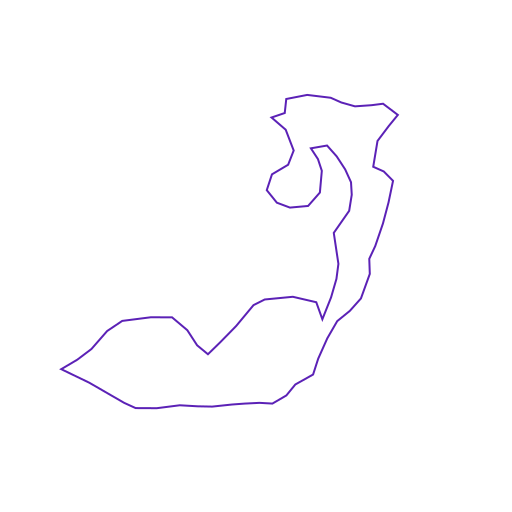 Santalaris, Cyprus, rotated 210°
{"feature_id": "46923920B66935539070734", "entity_name": "Santalaris", "entity_type": "district", "adm_level": 2, "iso_a3": "CYP", "parent_name": "Cyprus", "parent_adm1": "", "projection": "natural_earth1", "projection_center": [33.807, 35.206], "detail": "fine", "context": "isolated", "style": "outline", "palette": "violet", "viewbox_px": 512, "rotation_deg": 210, "n_neighbors": 0, "source": "geoboundaries", "source_scale": "gbopen_adm2", "svg_char_len": 1128}
<svg xmlns="http://www.w3.org/2000/svg" viewBox="0 0 512 512"><g transform="rotate(210 256 256)"><path d="M311.8,383.7L293.4,380.2L276.1,366.2L273.8,351.1L283.0,334.7L279.6,318.4L264.6,312.6L250.8,314.9L235.9,325.4L232.4,342.9L241.6,362.7L250.8,370.9L262.3,376.7L249.7,387.2L235.9,382.6L222.1,375.6L210.6,367.4L203.7,356.9L197.9,341.7L200.2,314.9L180.7,290.4L174.9,276.4L170.3,257.7L166.9,234.4L180.7,246.1L203.7,239.1L226.7,222.7L233.6,212.2L238.2,185.4L243.9,163.2L248.5,146.9L262.3,149.2L278.4,157.4L298.0,160.9L316.4,150.4L339.4,132.9L347.4,116.6L352.0,93.2L358.9,76.9L368.1,60.6L337.1,62.9L318.7,62.9L296.8,62.9L284.2,64.1L265.8,74.6L247.4,88.6L231.3,96.7L218.6,103.7L202.5,115.4L192.2,122.4L179.5,130.6L168.0,136.4L160.0,150.4L157.7,164.4L147.3,181.9L150.8,198.2L153.1,220.4L153.1,228.6L153.1,240.2L147.3,255.4L143.9,271.7L148.5,297.4L156.5,310.2L157.7,324.2L162.3,347.6L168.0,368.6L174.9,389.6L187.6,393.1L199.1,391.9L208.3,416.4L206.0,435.1L203.7,449.1L222.1,451.4L231.3,444.4L245.1,435.1L258.9,431.6L270.4,430.4L292.2,421.1L308.3,407.1L302.6,394.2L311.8,383.7Z" fill="none" stroke="#5b21b6" stroke-width="2"/></g></svg>